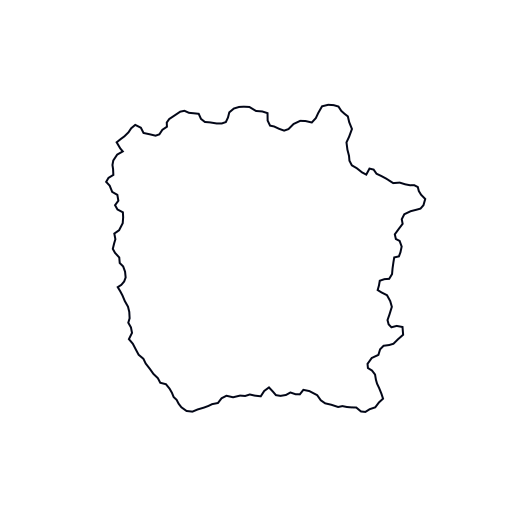 Itaguara, Minas Gerais, Brazil, rotated 23°
{"feature_id": "56859067B20958888091041", "entity_name": "Itaguara", "entity_type": "district", "adm_level": 2, "iso_a3": "BRA", "parent_name": "Brazil", "parent_adm1": "Minas Gerais", "projection": "albers", "projection_center": [-44.527, -20.371], "detail": "fine", "context": "isolated", "style": "outline", "palette": "ink", "viewbox_px": 512, "rotation_deg": 23, "n_neighbors": 0, "source": "geoboundaries", "source_scale": "gbopen_adm2", "svg_char_len": 2886}
<svg xmlns="http://www.w3.org/2000/svg" viewBox="0 0 512 512"><g transform="rotate(23 256 256)"><path d="M83.3,205.8L89.0,210.0L92.5,211.8L88.6,216.9L87.3,223.8L88.3,228.3L90.5,231.9L93.0,237.1L89.7,241.7L89.1,246.3L93.8,248.4L98.6,253.2L104.5,253.9L107.7,258.9L106.4,264.3L110.3,267.3L116.4,267.8L118.6,272.3L120.5,277.9L119.9,285.8L116.8,290.7L120.0,295.5L120.5,299.9L121.4,305.4L125.0,308.2L130.7,310.8L133.3,315.7L137.8,317.5L141.6,321.6L144.4,326.7L144.6,331.0L143.3,335.2L140.9,338.7L144.8,341.5L148.5,344.5L152.8,348.7L158.0,352.7L161.2,357.0L164.0,362.7L164.5,367.3L168.8,370.6L171.9,375.2L171.5,382.2L176.9,384.9L182.0,389.1L186.6,392.8L192.5,394.6L196.5,398.1L202.6,401.5L207.6,404.6L213.4,406.8L217.4,410.1L223.2,409.2L228.3,411.9L232.1,414.8L235.3,418.0L239.1,419.4L242.5,422.2L246.4,424.4L252.6,425.8L258.3,424.1L262.2,420.1L267.3,415.9L270.8,412.6L273.5,409.5L278.4,406.2L279.9,400.4L283.4,396.2L290.1,395.0L295.9,390.7L300.7,389.1L304.4,385.9L309.4,385.0L315.2,383.3L316.3,377.0L319.3,371.9L324.7,374.3L328.7,376.3L333.2,375.2L337.9,372.2L341.0,368.2L346.4,367.8L350.4,366.2L351.9,360.7L357.9,359.5L366.7,360.2L372.0,363.5L377.2,364.6L383.4,363.5L390.6,362.9L394.2,360.4L398.6,359.5L402.9,358.1L407.5,356.3L413.4,358.1L417.6,356.8L420.5,352.6L424.9,348.7L426.4,342.7L428.7,337.7L425.2,333.7L420.9,329.4L417.3,326.2L414.7,323.0L411.9,318.6L407.5,316.1L402.8,315.4L400.8,311.7L402.4,304.6L407.3,299.2L406.7,293.4L408.5,288.8L413.4,285.9L416.8,283.1L419.3,277.0L422.2,271.0L418.6,264.1L412.8,265.4L408.5,268.7L404.8,267.1L402.1,263.6L401.7,257.6L400.9,249.7L397.2,245.1L391.9,240.9L385.7,240.5L381.3,239.8L380.7,235.1L379.6,230.4L383.3,227.1L387.5,225.0L388.3,219.5L386.5,213.9L384.9,207.9L383.8,203.3L387.7,200.5L387.5,196.1L386.4,190.4L382.3,186.0L378.1,185.7L375.3,181.8L377.0,174.6L378.4,169.1L375.8,165.2L376.2,159.6L380.9,154.3L385.5,150.8L388.9,148.1L390.3,143.8L389.5,137.4L384.0,135.1L380.5,132.6L378.0,129.3L374.0,129.0L370.1,130.7L365.4,131.7L359.6,132.3L353.8,135.3L345.6,133.9L340.0,133.4L334.8,133.2L330.5,130.5L326.3,131.2L325.7,138.0L320.9,137.6L314.4,135.8L308.8,135.1L304.8,131.8L302.5,127.5L298.6,122.4L294.9,116.1L295.1,109.9L294.7,101.6L289.5,96.4L286.0,91.6L281.9,90.5L277.8,89.1L273.5,86.2L268.5,86.8L263.4,88.6L258.3,92.4L257.4,100.1L257.2,105.7L255.2,111.3L248.9,112.4L243.9,114.3L239.0,119.8L236.3,126.5L232.9,129.6L227.5,129.9L222.0,129.7L218.0,130.5L213.8,126.8L210.8,120.0L205.3,120.5L199.3,122.5L191.7,121.4L186.5,123.3L182.2,125.4L178.0,128.9L175.3,134.2L176.1,139.5L175.9,144.5L172.8,147.3L167.9,149.4L161.4,151.0L156.6,152.6L151.8,151.3L147.7,147.5L143.4,148.8L138.3,150.4L133.4,150.3L129.9,152.7L126.3,158.2L122.6,163.8L121.7,168.0L123.5,171.8L120.5,176.4L119.5,181.8L116.5,184.5L111.1,185.4L104.4,186.7L99.9,182.9L93.6,182.5L91.2,187.2L90.3,192.0L88.1,197.3L85.9,201.0L83.3,205.8Z" fill="none" stroke="#020617" stroke-width="2"/></g></svg>